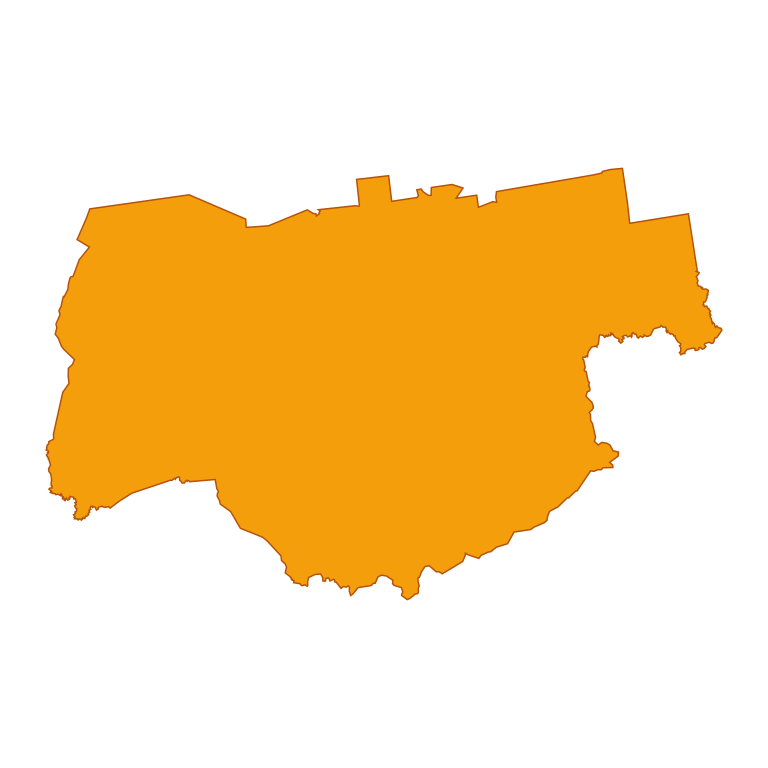 Drustu pag., Raunas, Latvia (orthographic projection)
{"feature_id": "27541924B75967933450312", "entity_name": "Drustu pag.", "entity_type": "district", "adm_level": 2, "iso_a3": "LVA", "parent_name": "Latvia", "parent_adm1": "Raunas", "projection": "orthographic", "projection_center": [25.916, 57.238], "detail": "fine", "context": "isolated", "style": "filled", "palette": "amber", "viewbox_px": 768, "rotation_deg": 0, "n_neighbors": 0, "source": "geoboundaries", "source_scale": "gbopen_adm2", "svg_char_len": 5999}
<svg xmlns="http://www.w3.org/2000/svg" viewBox="0 0 768 768"><path d="M697.3,271.2L688.4,213.8L629.7,223.3L627.4,202.4L622.4,168.4L610.6,169.5L602.4,171.4L601.9,173.0L593.5,174.9L496.5,191.6L495.8,197.2L496.7,202.3L492.8,201.7L478.4,207.3L476.7,195.2L456.2,198.2L463.0,188.0L452.1,184.5L431.3,187.5L431.1,195.4L428.1,195.3L422.9,191.6L421.2,189.0L416.8,189.8L418.4,195.8L417.1,197.5L391.7,201.3L388.6,175.7L356.6,179.4L359.4,205.5L359.0,206.3L355.5,205.7L318.4,209.7L320.2,211.0L319.1,212.4L319.5,213.7L316.4,215.9L316.0,213.9L313.1,213.4L307.2,209.9L268.5,225.8L250.9,227.1L246.2,227.3L245.7,219.1L189.1,194.8L89.8,208.9L86.7,217.5L77.1,239.6L89.4,247.1L79.2,259.8L73.1,276.3L70.7,276.9L70.0,278.0L68.4,284.1L67.9,289.3L64.1,296.9L63.4,296.5L63.0,297.6L61.1,306.3L58.9,310.9L59.8,313.5L59.9,315.0L56.0,324.0L56.8,327.9L55.2,334.3L58.2,337.9L61.3,345.9L63.8,349.3L74.4,359.5L72.6,364.3L68.4,368.3L68.2,376.4L69.0,383.4L62.8,392.3L53.4,434.2L53.7,438.4L53.0,439.5L48.9,441.5L48.7,443.6L47.4,444.9L46.7,446.8L46.8,448.6L46.1,450.0L48.3,450.9L48.3,451.8L47.7,452.3L48.5,452.7L46.4,454.9L47.7,457.3L48.5,457.5L48.4,459.4L48.9,459.6L50.5,464.9L48.6,468.8L48.9,471.4L50.8,474.1L51.7,480.2L51.1,482.5L51.3,485.7L52.0,485.8L52.0,487.9L49.9,488.1L48.9,489.2L50.7,490.7L50.9,491.6L50.3,492.5L51.9,493.0L52.0,492.2L52.8,493.5L55.4,493.7L55.7,494.6L58.1,494.3L60.4,495.5L60.8,493.9L61.7,494.3L61.9,496.1L63.2,496.9L62.3,497.9L62.5,498.7L63.5,498.0L64.4,498.9L63.9,499.8L65.0,500.7L66.3,498.1L67.6,500.0L68.8,499.8L69.7,499.0L69.8,498.3L69.1,497.9L70.1,497.3L70.2,496.4L73.7,497.3L73.7,499.0L75.3,498.8L76.4,502.3L74.9,502.6L76.2,504.7L74.6,505.7L75.5,507.8L76.8,508.8L76.4,509.3L76.7,509.8L76.4,511.4L75.0,512.0L75.5,513.5L73.5,514.8L74.9,516.6L74.1,517.6L75.2,518.0L74.7,518.8L77.7,518.9L77.6,519.6L78.5,519.9L79.2,519.0L81.2,519.2L81.3,520.1L82.2,519.4L81.7,519.0L82.7,518.6L82.7,517.8L84.8,518.5L85.5,516.1L86.7,516.3L88.7,514.6L88.1,513.5L89.7,512.2L88.9,510.4L90.8,509.4L90.2,508.2L90.8,506.5L92.2,506.2L92.5,507.4L93.4,506.8L95.2,507.2L96.4,510.1L98.4,508.9L98.2,507.5L99.0,507.0L102.3,506.2L102.9,506.9L105.9,507.3L108.4,506.6L110.1,508.1L119.5,501.0L131.8,493.2L170.5,480.2L171.9,480.4L174.6,478.3L175.3,479.3L176.3,477.7L178.6,476.9L179.4,477.2L179.8,480.5L180.8,481.0L182.2,483.1L184.6,482.9L185.5,481.1L187.1,481.2L187.0,480.3L188.9,480.7L189.7,481.7L215.2,479.5L216.8,488.5L218.5,491.7L217.5,493.2L217.1,495.9L219.6,500.8L220.3,504.1L230.7,511.6L240.4,528.3L262.3,537.1L266.7,540.4L281.0,555.9L281.5,560.5L285.3,564.1L286.5,567.2L285.2,572.8L290.7,577.1L290.5,577.5L291.6,578.6L291.4,579.2L292.3,579.4L292.2,580.2L294.0,580.5L293.6,582.7L299.8,583.7L301.7,585.7L304.8,584.9L307.3,586.2L307.8,585.2L307.6,581.9L308.7,577.5L315.0,574.5L320.5,574.0L322.8,577.6L322.8,580.9L325.1,581.2L325.6,580.8L325.7,578.7L326.8,578.1L328.7,578.1L330.0,581.0L333.6,579.3L334.5,579.8L334.7,581.9L336.2,582.2L341.0,588.4L343.4,586.5L346.4,587.1L348.4,585.9L349.5,587.5L349.3,591.0L350.6,595.5L352.6,594.3L358.1,587.6L371.1,585.6L373.4,583.3L375.2,583.2L378.0,576.8L381.5,575.2L386.5,576.0L393.0,580.4L392.5,583.6L393.9,585.3L401.4,587.6L402.8,592.1L401.6,594.4L401.8,595.6L407.2,599.6L410.1,598.3L415.4,593.9L417.0,593.9L418.3,592.7L418.4,588.1L419.2,585.7L418.0,581.2L418.0,577.9L419.4,577.3L421.5,571.8L424.9,566.6L429.2,565.7L436.2,571.8L439.3,571.8L442.2,573.8L462.7,561.5L465.3,555.3L465.4,553.1L467.8,554.7L478.8,558.4L481.1,555.3L488.5,552.0L490.9,551.7L496.3,547.2L507.6,543.7L514.0,532.1L530.8,529.5L534.0,527.1L544.5,522.6L546.9,520.4L547.7,516.0L549.6,511.3L558.0,506.9L567.3,497.8L568.5,498.0L575.7,491.1L577.1,490.9L590.6,470.9L593.9,471.3L598.0,469.6L601.1,469.8L603.0,467.8L612.9,467.5L612.7,465.1L609.6,462.4L618.2,456.1L618.5,452.0L613.1,450.8L609.8,444.9L606.7,443.2L601.8,442.4L598.2,445.0L594.4,441.4L595.5,437.0L592.4,423.4L590.7,420.7L590.4,414.3L589.2,412.5L592.1,409.8L593.3,407.8L593.3,406.4L592.0,402.5L586.0,396.3L587.2,391.8L589.6,390.9L590.0,389.3L589.2,386.1L588.7,386.1L589.3,382.3L588.1,381.1L586.1,371.5L584.5,370.8L584.3,369.2L585.1,368.0L585.1,366.7L583.7,360.0L582.7,358.9L583.0,357.2L585.7,357.2L586.3,356.0L587.5,356.7L588.0,353.0L588.7,351.2L591.6,347.1L595.3,346.2L596.9,347.0L597.0,345.6L598.4,344.0L599.2,336.0L599.8,334.7L603.5,335.5L604.4,337.3L605.4,336.9L605.6,335.6L606.1,335.4L607.2,336.5L607.9,336.4L608.5,334.8L609.9,335.9L611.0,334.5L610.7,333.2L611.8,333.1L612.1,333.4L611.7,334.7L613.3,334.5L614.1,336.2L615.4,337.4L618.6,338.6L619.3,339.8L618.6,341.1L620.8,343.1L622.9,341.4L621.8,339.5L624.0,338.7L624.0,337.9L622.4,336.7L623.6,335.8L626.3,335.3L627.8,337.0L630.5,335.7L631.5,337.2L631.9,336.5L632.0,333.3L633.1,332.5L634.2,334.1L636.0,334.1L637.3,337.3L638.3,338.1L640.3,336.0L642.6,337.4L644.3,335.9L644.2,335.1L646.8,336.5L648.3,336.2L650.7,335.0L653.6,328.9L660.2,326.9L661.1,325.5L663.1,327.2L665.3,327.0L666.2,328.3L666.4,329.4L666.1,330.1L667.4,330.7L666.3,331.5L667.1,332.7L668.2,332.1L670.4,334.2L671.5,333.6L673.1,334.6L673.9,336.0L675.1,335.8L675.1,337.1L676.4,339.6L678.2,342.1L680.7,343.6L680.5,345.3L679.5,345.7L680.7,347.5L680.8,351.6L679.4,352.4L680.9,354.8L683.1,353.5L684.9,353.5L684.6,352.3L686.8,349.7L692.5,348.1L695.0,348.4L695.0,350.2L695.4,350.5L697.5,350.1L698.8,349.5L698.8,347.9L699.8,347.3L702.4,349.2L704.3,348.4L705.9,346.5L704.5,344.8L704.5,344.0L705.3,343.4L709.2,342.2L711.2,343.4L712.8,343.2L713.9,341.7L714.8,338.0L716.8,337.6L721.9,330.2L721.0,328.3L718.3,327.7L716.9,325.9L715.4,327.4L714.2,323.7L713.0,322.4L712.3,323.4L711.3,318.7L710.1,316.6L710.9,315.1L709.6,314.4L710.2,313.4L709.5,312.6L710.5,311.1L709.1,309.8L708.8,308.4L707.7,308.4L706.7,306.0L704.4,306.6L703.8,304.7L703.0,304.6L703.7,303.3L703.7,301.9L705.5,301.7L707.1,297.4L706.9,295.4L708.0,294.8L707.4,293.7L707.9,293.1L708.3,290.4L706.3,289.1L702.7,289.1L702.3,288.8L702.5,287.7L701.0,287.7L700.9,286.5L698.0,285.9L697.2,282.7L698.0,280.7L696.3,276.6L698.8,273.7L699.1,272.5L696.5,271.5L697.3,271.2Z" fill="#f59e0b" stroke="#b45309" stroke-width="1.5"/></svg>